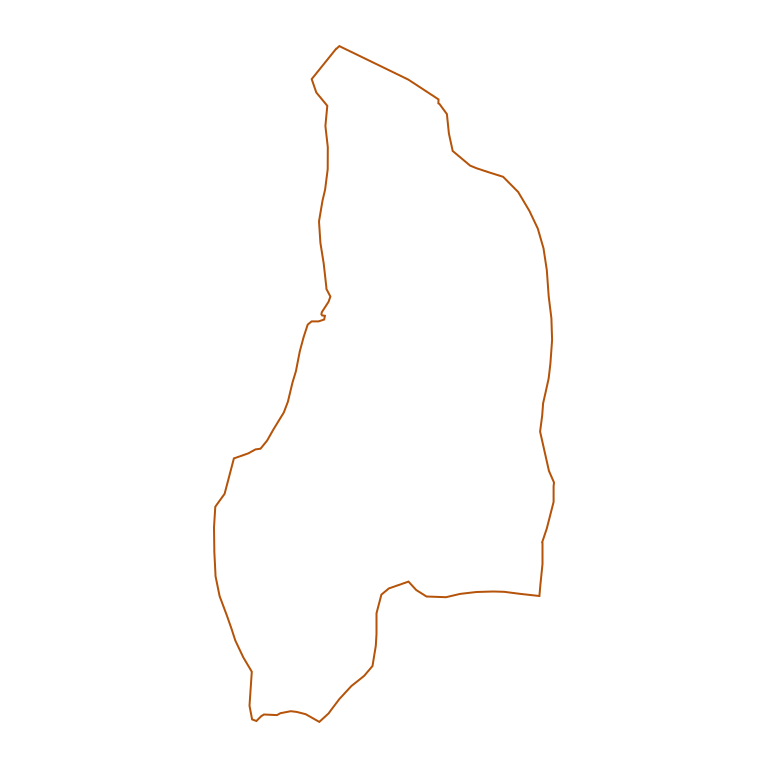 Shaharah, Amran, Yemen
{"feature_id": "15242507B60781890450687", "entity_name": "Shaharah", "entity_type": "district", "adm_level": 2, "iso_a3": "YEM", "parent_name": "Yemen", "parent_adm1": "Amran", "projection": "equal_earth", "projection_center": [43.696, 16.186], "detail": "fine", "context": "isolated", "style": "outline", "palette": "amber", "viewbox_px": 768, "rotation_deg": 0, "n_neighbors": 0, "source": "geoboundaries", "source_scale": "gbopen_adm2", "svg_char_len": 1583}
<svg xmlns="http://www.w3.org/2000/svg" viewBox="0 0 768 768"><path d="M311.7,79.1L316.3,92.5L327.3,105.8L325.4,126.0L327.8,147.2L327.7,169.2L325.1,189.6L322.5,200.7L319.0,221.4L320.4,242.8L323.7,263.5L326.4,287.7L326.4,288.9L330.4,296.6L328.5,301.9L321.8,312.2L321.4,314.3L322.1,315.4L324.9,315.8L324.2,319.5L318.5,321.4L311.6,321.4L307.7,324.6L303.6,337.2L299.8,351.3L295.9,371.3L292.5,382.5L287.9,401.7L283.8,412.5L273.5,429.3L267.1,440.6L260.5,448.7L255.5,449.4L248.2,453.4L233.9,458.4L224.6,493.8L215.3,506.7L214.0,527.4L214.2,542.5L214.3,548.9L214.3,551.3L215.4,572.9L215.5,576.0L219.6,596.1L226.6,614.8L231.2,627.8L235.3,640.5L243.3,657.4L251.8,671.7L249.5,705.7L252.1,719.4L256.4,721.0L261.3,716.1L264.0,714.5L277.0,715.1L280.4,713.2L290.8,711.2L296.6,711.9L305.7,714.2L319.3,721.9L328.6,713.4L331.0,710.1L339.3,699.1L351.3,686.1L364.2,675.8L372.5,666.0L375.8,645.8L376.5,634.1L376.5,613.3L381.4,594.6L388.9,588.4L408.5,581.6L416.2,590.0L426.5,596.5L446.0,597.2L460.1,593.9L476.4,592.0L493.1,591.5L504.1,591.8L519.6,593.8L539.4,596.0L540.4,584.6L542.5,564.1L542.5,542.9L542.1,542.5L546.8,528.5L553.6,501.9L553.6,486.4L554.0,482.5L548.9,470.8L548.7,469.8L540.1,431.6L540.6,427.6L542.2,415.5L543.1,403.3L545.7,391.9L548.7,378.2L550.4,363.5L552.1,340.0L551.4,318.3L548.7,296.4L546.8,270.0L543.5,248.3L537.8,228.6L529.4,210.9L518.1,191.9L514.6,188.4L503.1,176.8L488.8,172.3L476.7,168.3L470.1,165.6L452.7,151.0L448.9,133.5L446.9,114.1L439.5,104.0L438.4,103.4L438.5,99.4L408.3,79.6L339.3,46.1L336.3,48.9L336.1,48.8L311.7,79.1Z" fill="none" stroke="#b45309" stroke-width="2"/></svg>